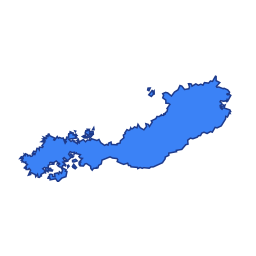 Lalmonirhat, Bangladesh (Mercator projection), rotated 291°
{"feature_id": "16705992B84214314165922", "entity_name": "Lalmonirhat", "entity_type": "district", "adm_level": 2, "iso_a3": "BGD", "parent_name": "Bangladesh", "parent_adm1": "", "projection": "mercator", "projection_center": [89.252, 26.122], "detail": "fine", "context": "isolated", "style": "filled", "palette": "blue", "viewbox_px": 256, "rotation_deg": 291, "n_neighbors": 0, "source": "geoboundaries", "source_scale": "gbopen_adm2", "svg_char_len": 5614}
<svg xmlns="http://www.w3.org/2000/svg" viewBox="0 0 256 256"><g transform="rotate(291 128 128)"><path d="M186.3,161.3L181.6,161.0L178.2,158.5L173.4,157.1L175.0,152.5L174.7,150.3L172.5,148.1L171.4,149.5L168.6,149.6L167.6,153.3L164.7,154.5L165.5,157.1L165.1,158.7L160.2,157.4L160.0,158.2L157.2,158.5L155.7,157.4L154.5,157.8L153.5,157.1L154.7,156.3L152.5,156.5L151.9,154.7L151.2,155.3L152.2,154.4L149.9,153.1L149.1,150.9L146.7,150.7L143.0,147.2L142.1,148.5L137.1,147.5L138.6,145.7L138.4,143.1L136.0,144.7L132.0,143.5L132.6,139.3L135.0,136.0L131.4,136.3L131.4,133.7L129.0,132.5L128.4,131.2L129.1,130.5L127.0,130.5L126.0,129.6L126.1,127.6L122.4,126.8L121.8,127.5L119.7,126.2L117.4,127.7L113.4,125.5L111.1,126.0L109.4,123.4L108.4,123.7L106.7,118.5L108.8,117.2L106.9,115.3L104.9,115.5L105.0,113.8L103.4,112.4L104.5,107.8L106.9,105.0L105.2,103.5L104.9,97.8L103.3,97.4L103.6,96.4L102.8,96.8L102.3,94.4L99.9,93.3L101.2,90.4L97.3,87.3L96.6,87.7L96.6,85.7L95.2,86.2L95.7,83.7L96.8,82.9L95.9,82.4L96.9,80.9L95.0,79.6L96.3,76.5L100.4,84.0L101.0,82.3L102.9,81.0L101.7,80.3L102.6,80.5L102.4,79.3L101.2,79.3L103.7,78.7L103.5,77.2L102.2,77.2L103.7,76.8L103.8,75.3L101.9,75.7L101.0,75.1L102.0,74.7L100.8,74.8L98.2,75.8L97.5,74.0L95.3,74.5L94.4,72.9L93.2,75.3L91.3,74.8L95.5,71.0L94.6,70.1L94.6,67.4L93.5,66.6L94.7,65.0L90.3,63.9L90.3,62.9L92.4,63.2L92.7,57.9L94.1,56.3L93.6,55.7L90.7,56.6L92.0,55.3L91.4,54.5L89.2,55.1L88.9,56.4L89.1,55.1L87.3,54.0L86.6,54.9L86.3,53.8L85.1,55.3L80.7,54.0L80.2,55.3L79.2,55.2L78.4,52.2L75.9,52.9L76.7,51.8L76.4,50.3L72.9,50.6L72.6,48.3L69.7,47.9L70.9,50.5L69.8,50.6L69.5,49.0L67.2,48.4L66.6,47.3L67.4,46.2L66.1,44.4L67.1,43.9L67.2,41.6L66.1,41.7L66.3,40.8L65.4,41.6L65.3,40.7L63.2,40.3L63.0,38.7L60.7,38.0L61.6,40.1L62.9,40.2L61.8,41.1L59.5,40.1L59.7,41.1L58.4,41.2L59.0,42.5L58.5,43.5L59.6,44.7L58.2,45.3L58.0,47.2L53.6,45.5L53.5,46.6L55.4,46.9L52.8,47.8L53.4,49.6L54.8,50.2L53.7,52.2L48.3,51.9L49.7,53.8L51.1,53.1L51.6,53.8L51.3,58.1L49.5,59.3L52.4,60.1L49.8,61.8L50.2,63.1L52.5,63.6L51.7,64.7L53.5,63.4L56.1,65.6L58.5,65.8L59.4,63.0L61.3,64.2L61.2,65.4L59.0,66.7L58.4,69.0L60.0,68.4L61.4,69.1L59.7,69.3L60.7,72.7L61.7,72.7L61.5,71.1L62.5,70.4L61.5,67.9L62.0,66.7L62.8,67.7L64.7,66.9L65.8,68.2L67.7,67.4L68.2,67.9L68.8,70.4L66.9,69.8L67.6,71.7L69.5,71.4L71.5,72.8L70.7,74.8L69.2,74.7L70.5,76.3L70.0,77.2L67.7,75.9L67.1,78.0L67.6,80.6L69.4,80.5L70.0,81.6L70.6,80.8L70.2,83.3L71.2,83.2L72.8,79.5L75.3,83.5L76.0,82.4L74.6,80.6L76.3,78.3L77.5,79.0L75.9,83.4L79.7,85.2L81.0,84.5L80.2,85.4L80.8,87.0L82.0,87.3L81.6,86.2L82.7,86.1L83.3,83.9L82.7,83.8L82.5,85.3L82.3,83.7L81.3,83.4L82.3,81.9L85.2,82.5L85.0,84.5L86.1,86.6L84.2,87.0L86.3,88.7L85.6,89.3L86.1,93.1L83.7,92.4L82.8,94.1L83.3,96.3L80.2,95.2L79.4,95.9L79.1,94.9L77.8,94.7L77.8,95.6L76.4,95.4L75.5,96.8L76.5,100.0L79.2,100.8L79.9,102.0L78.9,106.8L76.9,107.8L75.8,109.7L78.0,110.3L79.2,113.1L80.2,112.2L79.6,113.1L80.1,114.2L82.6,114.0L84.9,115.9L88.7,115.2L94.6,121.6L94.4,124.3L95.5,128.6L94.8,129.8L92.8,129.9L92.5,134.1L92.5,137.0L95.0,140.3L93.2,141.9L93.8,143.8L92.8,144.7L94.6,151.0L93.6,151.7L95.5,153.4L95.5,155.8L96.6,156.9L98.1,162.3L99.8,163.3L100.8,165.6L107.9,172.6L112.5,173.7L114.2,173.2L117.1,175.9L119.2,175.1L123.3,181.8L124.4,181.1L127.3,185.9L133.1,187.9L134.4,189.8L138.0,188.1L140.9,189.9L141.2,192.4L144.3,196.0L146.1,196.6L146.9,198.4L149.6,198.7L151.3,200.4L151.2,203.8L154.3,206.3L154.3,208.2L159.8,209.1L160.0,211.1L163.4,214.3L171.4,215.8L173.9,215.1L173.9,216.9L178.0,217.2L178.2,218.0L179.0,217.0L180.1,218.0L181.4,216.6L181.1,210.5L184.0,210.4L183.3,209.9L183.8,209.3L183.7,208.8L182.7,209.2L181.9,207.7L180.2,208.4L180.3,209.4L179.2,209.1L180.0,207.1L182.1,205.9L183.7,207.2L184.7,206.7L185.4,204.5L186.7,204.7L187.3,208.0L188.4,209.3L188.0,210.3L190.0,210.3L188.9,211.4L195.3,212.3L195.8,209.9L194.7,209.5L194.8,208.4L195.6,208.3L196.1,210.0L197.8,210.0L199.3,207.4L199.5,203.4L198.8,202.9L198.8,198.1L197.9,196.4L198.6,195.6L203.3,197.4L203.8,193.3L207.7,191.8L207.7,191.1L201.8,190.2L201.4,188.1L198.8,187.2L197.8,183.1L194.9,182.6L195.0,180.3L193.1,178.3L193.5,175.5L190.0,172.8L191.7,171.5L191.6,170.2L190.5,169.6L191.3,169.3L191.0,168.6L188.5,170.6L186.5,170.8L184.2,167.0L186.4,163.2L186.3,161.3ZM77.4,96.0L76.7,96.5L76.5,96.0L77.4,96.0ZM54.0,71.3L52.4,71.3L53.0,73.4L51.7,73.9L54.7,78.7L53.0,81.3L53.4,82.3L57.7,84.3L60.3,87.5L65.5,86.6L65.3,85.0L66.8,85.2L67.3,80.8L66.4,80.4L65.4,82.0L61.9,82.1L62.6,79.6L60.1,79.8L60.8,78.3L59.1,75.8L56.3,77.3L55.8,75.0L57.4,74.5L57.3,72.5L56.5,71.4L54.0,72.3L54.0,71.3ZM106.5,90.8L103.7,88.4L103.1,90.9L104.2,93.8L106.0,94.7L105.3,96.2L108.6,97.3L108.6,95.5L107.7,95.2L109.4,93.9L110.2,96.9L109.0,98.2L112.1,96.7L111.0,93.6L112.0,92.6L111.3,91.6L112.8,92.2L112.2,90.4L111.4,91.2L110.4,89.6L107.9,89.8L107.2,94.1L106.8,92.7L104.7,92.7L104.7,90.8L106.5,90.8ZM171.7,137.1L166.4,135.5L165.8,138.5L168.7,139.7L170.0,138.8L169.6,140.1L171.9,139.1L171.3,138.9L171.7,137.1ZM74.7,90.3L72.3,89.9L72.2,92.6L72.2,90.4L71.5,90.6L71.0,93.3L72.6,94.1L74.7,90.3ZM77.9,87.8L76.6,88.4L76.9,89.7L79.1,92.4L80.0,90.3L77.9,87.8ZM172.4,132.4L170.5,132.7L170.3,134.2L173.3,134.4L172.4,132.4ZM71.3,86.7L72.0,85.7L71.3,85.1L69.5,86.0L71.3,86.7ZM99.6,85.7L98.2,84.8L98.0,87.1L99.6,85.7ZM116.0,95.9L113.7,95.5L114.3,96.9L116.0,95.9ZM84.6,53.6L85.4,52.9L84.2,52.0L84.6,53.6ZM57.5,66.7L56.4,66.1L56.5,67.1L57.5,66.7ZM88.5,53.7L89.2,53.5L89.2,52.6L88.5,53.7ZM102.5,81.6L103.5,81.8L103.4,81.3L102.5,81.6ZM87.0,53.5L87.6,52.9L87.3,52.4L87.0,53.5ZM106.3,80.3L106.2,79.5L105.6,80.2L106.3,80.3ZM102.7,82.7L102.2,82.9L102.7,83.1L102.7,82.7Z" fill="#3b82f6" stroke="#1e3a8a" stroke-width="1.5"/></g></svg>